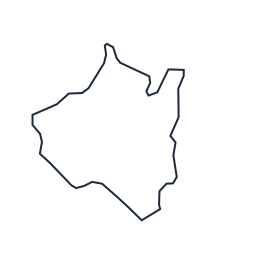 West Lothian, orthographic projection, rotated 133°
{"feature_id": "GBR-2025", "entity_name": "West Lothian", "entity_type": "Unitary District", "adm_level": 1, "iso_a3": "GBR", "parent_name": "United Kingdom", "parent_adm1": "", "projection": "orthographic", "projection_center": [-3.588, 55.888], "detail": "fine", "context": "isolated", "style": "outline", "palette": "slate", "viewbox_px": 256, "rotation_deg": 133, "n_neighbors": 0, "source": "natural_earth", "source_scale": "10m", "svg_char_len": 708}
<svg xmlns="http://www.w3.org/2000/svg" viewBox="0 0 256 256"><g transform="rotate(133 128 128)"><path d="M165.4,49.2L186.2,55.1L186.2,55.3L186.1,58.0L185.7,73.8L185.8,88.7L186.4,108.9L191.8,117.4L200.2,120.6L207.3,124.9L208.5,130.2L206.8,161.1L206.9,174.9L196.8,181.5L192.2,188.4L190.9,199.9L183.5,206.8L159.1,196.2L143.2,194.8L133.8,185.5L125.9,184.0L97.0,189.7L89.3,194.0L83.5,201.2L80.8,200.8L80.0,197.5L79.1,193.9L84.7,183.9L85.6,178.2L75.7,147.7L79.9,142.5L88.7,139.6L90.2,135.1L82.0,130.9L57.6,138.4L47.5,126.9L51.9,122.8L65.0,118.0L85.5,98.4L104.9,91.6L106.1,83.4L117.0,76.2L130.6,58.9L137.8,57.3L142.5,61.9L152.7,61.9L162.8,53.1L165.4,49.2Z" fill="none" stroke="#1e293b" stroke-width="2"/></g></svg>